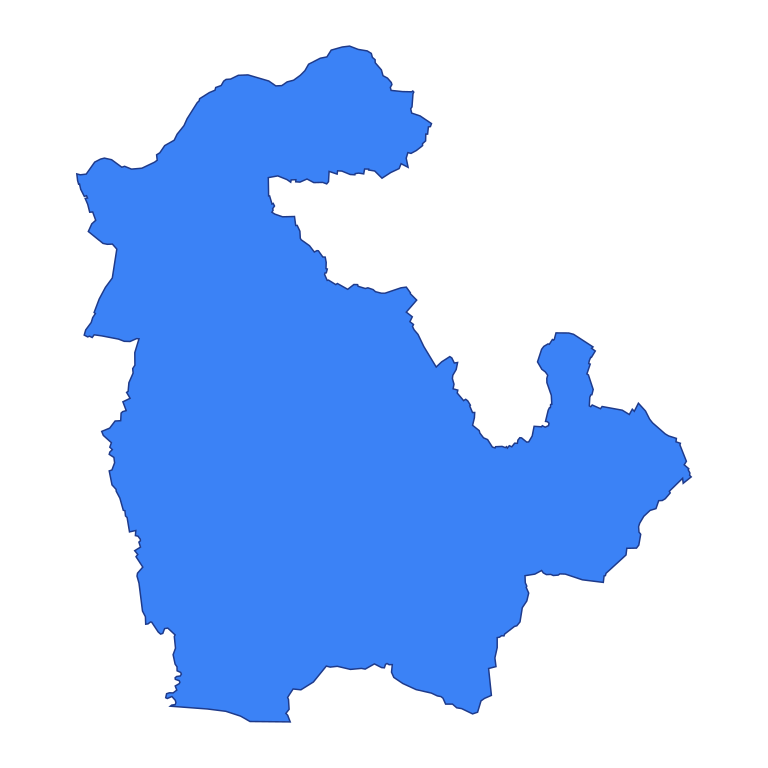 Wiset Chai Chan, Ang Thong, Thailand, rotated 90°
{"feature_id": "78962969B38552954370862", "entity_name": "Wiset Chai Chan", "entity_type": "district", "adm_level": 2, "iso_a3": "THA", "parent_name": "Thailand", "parent_adm1": "Ang Thong", "projection": "orthographic", "projection_center": [100.305, 14.571], "detail": "fine", "context": "isolated", "style": "filled", "palette": "blue", "viewbox_px": 768, "rotation_deg": 90, "n_neighbors": 0, "source": "geoboundaries", "source_scale": "gbopen_adm2", "svg_char_len": 6113}
<svg xmlns="http://www.w3.org/2000/svg" viewBox="0 0 768 768"><g transform="rotate(90 384 384)"><path d="M695.4,276.6L668.5,279.4L666.6,272.0L657.9,273.1L647.6,270.8L637.6,270.8L637.2,268.5L635.7,266.4L635.9,264.0L634.1,263.4L626.4,253.5L625.8,251.2L621.9,248.0L607.7,245.7L601.0,241.2L593.1,239.3L587.4,241.8L586.1,241.2L582.8,242.7L575.7,243.0L574.1,233.1L570.5,226.4L572.9,224.7L574.6,221.6L574.4,217.2L575.5,214.7L575.1,209.8L573.9,208.1L574.1,202.7L579.8,185.7L582.4,164.7L575.9,163.9L575.6,162.6L573.3,162.0L555.0,142.0L548.3,141.2L548.1,131.5L545.1,129.2L534.3,127.3L532.1,129.0L526.7,129.4L523.2,128.3L516.3,124.2L510.4,117.9L508.6,112.0L500.7,109.3L500.5,105.7L498.7,102.7L492.9,97.8L491.3,98.7L478.3,85.4L483.3,84.8L476.9,76.8L475.3,78.4L473.0,78.1L469.8,79.8L468.8,79.2L464.8,83.8L461.3,81.6L444.9,88.1L443.3,87.6L441.8,92.0L438.4,91.6L435.9,99.4L433.9,102.8L422.8,115.5L419.1,118.4L411.0,122.5L403.2,129.6L411.3,133.7L409.2,135.7L414.5,138.7L410.2,145.7L406.5,165.9L408.7,167.5L405.0,175.8L406.7,177.2L405.9,178.7L397.2,178.2L394.9,177.2L394.7,176.1L389.5,174.8L374.9,179.6L373.9,181.1L364.1,177.8L363.6,179.3L360.7,178.7L357.3,177.3L357.4,176.6L351.0,172.7L348.3,176.4L346.9,175.0L334.3,194.4L333.0,199.3L332.9,212.0L339.3,213.7L340.1,214.4L339.5,215.6L344.3,218.7L343.9,220.0L346.4,224.2L349.3,226.4L361.9,230.5L369.3,226.2L371.9,222.7L375.2,220.3L378.4,221.2L382.7,221.1L395.3,216.7L404.3,216.2L404.5,217.4L407.6,217.6L407.8,218.6L410.2,219.8L421.4,222.5L421.7,220.6L423.2,219.0L425.6,219.5L427.2,222.8L425.7,225.7L426.8,226.5L426.3,233.9L436.0,235.8L441.9,239.3L442.1,241.3L437.9,246.4L437.7,248.2L440.1,250.1L443.3,250.6L443.2,253.4L446.8,256.2L445.7,258.7L448.1,260.7L446.7,261.5L447.6,262.7L446.4,265.9L446.7,272.4L447.9,272.9L447.1,275.6L439.6,280.4L437.8,284.5L433.1,288.1L430.6,288.8L425.3,295.4L417.8,293.6L412.5,293.3L412.5,295.5L405.9,298.3L405.2,297.6L400.8,300.3L399.3,302.3L400.6,304.4L393.0,310.8L390.1,310.2L388.8,314.9L384.2,314.0L378.6,315.6L375.3,315.2L369.5,311.8L362.5,310.4L363.0,313.7L357.9,316.2L356.6,318.2L361.8,326.3L367.0,331.8L346.5,344.2L334.4,350.0L329.8,353.9L326.6,355.5L324.5,354.5L321.7,358.1L316.8,355.7L312.1,361.7L300.1,351.3L293.7,357.7L292.8,357.6L287.1,361.7L287.8,367.0L293.2,383.0L293.2,386.6L291.7,392.5L289.6,394.9L287.8,400.1L288.5,402.7L286.3,409.9L284.6,410.4L284.5,414.1L289.3,420.3L283.5,430.6L284.6,432.2L280.1,439.5L280.4,440.8L274.5,443.4L273.0,443.0L272.8,441.7L269.0,440.7L268.6,442.0L262.4,441.8L257.1,442.8L257.0,445.2L250.8,449.6L250.6,451.0L252.0,453.7L245.7,458.5L239.8,466.8L238.3,467.7L231.2,468.1L225.4,470.8L225.5,472.3L216.5,473.5L216.8,485.4L214.1,493.2L212.2,496.1L210.2,494.9L208.8,495.4L206.0,493.5L203.4,494.8L204.0,496.0L195.9,498.4L195.9,499.4L177.6,499.7L175.9,490.2L179.6,481.0L182.2,477.3L179.9,476.8L179.7,472.1L181.8,472.3L182.1,468.0L179.0,461.0L182.6,454.2L182.4,445.3L183.9,441.3L181.7,439.5L171.4,438.9L174.1,430.9L170.8,430.4L171.1,426.1L174.5,417.8L174.8,413.1L173.6,412.8L173.1,409.3L173.9,404.3L169.0,403.4L169.1,399.3L170.0,399.4L171.0,393.3L178.2,386.0L172.5,377.2L168.6,368.9L163.7,366.9L167.3,359.9L158.2,361.8L152.6,360.1L153.4,357.0L150.5,351.6L145.6,345.4L143.7,345.5L140.9,342.4L134.1,342.2L134.1,340.4L126.9,339.6L126.6,337.6L123.6,336.5L115.9,347.9L113.1,356.3L108.8,357.3L106.9,356.0L93.7,355.0L92.1,354.2L91.0,355.2L91.8,356.4L91.6,365.4L90.4,376.9L87.4,377.7L84.6,376.1L82.5,376.7L78.1,380.5L75.7,385.0L69.9,386.6L62.7,392.8L59.7,392.9L57.4,395.6L53.4,396.7L50.9,400.8L49.4,409.8L46.1,418.4L47.0,425.8L50.1,436.8L56.9,441.1L58.2,447.7L64.2,459.4L70.7,463.1L75.3,467.7L80.2,474.4L81.9,480.9L85.6,486.2L85.9,492.2L81.0,499.2L74.9,520.0L75.3,529.7L79.1,537.5L79.4,541.9L81.1,544.3L85.5,546.8L87.5,552.3L90.2,553.0L92.6,558.7L98.7,568.4L100.8,568.8L102.7,570.8L118.7,580.9L125.6,584.0L134.2,590.9L140.2,593.8L145.6,603.3L152.8,608.2L154.8,611.4L160.2,610.8L162.2,613.5L168.2,626.1L169.1,636.5L166.3,643.4L167.2,646.2L159.7,656.4L158.1,663.6L159.1,667.5L162.1,673.3L174.1,681.8L174.8,687.7L173.9,691.2L180.6,690.4L184.2,689.4L184.0,688.5L189.3,687.3L196.4,683.7L195.7,681.5L198.0,680.5L198.5,682.8L204.3,680.3L212.2,678.3L212.0,675.3L220.3,672.3L223.8,676.2L231.5,679.7L243.4,665.0L244.3,660.7L244.1,655.6L249.1,651.2L278.0,655.7L287.4,662.6L299.0,668.8L312.5,673.9L313.5,672.6L317.6,675.3L322.5,676.8L329.9,682.3L335.1,683.8L336.9,680.3L336.2,678.5L337.5,675.8L334.8,673.8L335.9,666.1L339.1,649.5L341.3,643.8L341.5,638.0L338.6,631.4L338.8,629.0L352.6,633.2L365.2,633.1L368.6,635.3L373.1,634.9L382.7,639.1L391.4,639.9L392.4,641.4L398.3,637.9L401.8,645.1L410.6,641.8L411.6,645.3L413.1,646.9L420.7,647.3L421.0,652.9L428.1,658.3L431.4,666.3L435.4,664.7L442.7,656.6L447.2,658.2L449.6,655.7L452.1,658.2L454.4,658.8L457.4,654.1L462.8,653.4L470.0,656.1L470.9,658.8L484.9,656.0L489.4,651.9L491.2,651.8L498.2,648.1L510.3,644.7L510.7,643.1L516.0,642.5L517.5,640.9L531.9,638.5L530.5,632.2L535.6,632.6L536.2,630.0L539.3,627.7L540.8,627.6L542.1,629.1L547.1,627.5L550.7,633.3L554.5,630.2L556.7,632.0L567.1,625.2L573.2,630.5L576.1,631.0L583.2,629.0L611.1,625.5L616.7,622.6L624.2,622.3L623.9,620.0L622.0,617.6L622.2,616.3L632.0,609.8L634.1,607.4L633.4,605.2L628.6,603.4L628.1,600.2L634.9,592.9L636.6,593.7L648.2,592.5L654.7,594.9L664.1,592.9L666.8,591.0L670.8,590.9L672.4,587.4L674.1,586.6L676.0,587.8L676.5,591.4L677.8,592.9L679.3,592.7L680.7,588.8L682.2,588.1L683.6,588.7L686.0,592.8L690.1,591.2L692.9,594.9L692.8,598.7L693.7,601.4L697.7,602.3L698.5,600.7L696.5,596.1L700.3,592.7L702.7,592.1L704.6,592.8L705.1,596.3L706.2,597.7L709.0,560.4L711.3,542.2L716.1,527.5L721.5,518.0L721.9,477.8L715.3,480.3L713.4,482.1L709.3,478.9L699.5,479.5L697.5,480.4L694.3,478.4L689.0,474.9L689.8,467.1L682.0,454.6L666.1,441.7L667.1,437.8L666.3,430.7L669.4,417.6L668.4,406.6L669.1,402.8L663.9,393.6L667.6,386.4L667.8,383.6L664.4,382.5L663.5,381.0L664.7,378.9L664.6,375.7L672.2,376.5L677.4,374.2L683.5,365.2L689.6,351.9L693.1,336.6L695.9,330.7L696.6,327.0L698.2,325.0L704.1,322.4L704.1,315.5L707.8,311.3L708.6,306.4L713.9,295.4L712.2,290.4L700.9,287.0L698.4,283.5L695.4,276.6Z" fill="#3b82f6" stroke="#1e3a8a" stroke-width="1.5"/></g></svg>